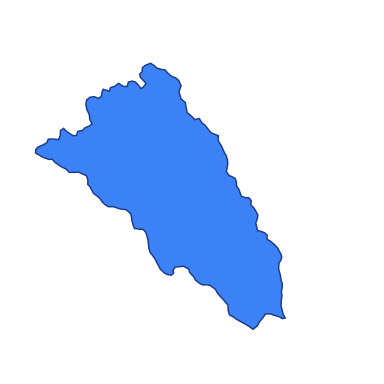 Magda, São Paulo, Brazil (orthographic projection), rotated 307°
{"feature_id": "56859067B8707426341573", "entity_name": "Magda", "entity_type": "district", "adm_level": 2, "iso_a3": "BRA", "parent_name": "Brazil", "parent_adm1": "São Paulo", "projection": "orthographic", "projection_center": [-50.232, -20.61], "detail": "fine", "context": "isolated", "style": "filled", "palette": "blue", "viewbox_px": 384, "rotation_deg": 307, "n_neighbors": 0, "source": "geoboundaries", "source_scale": "gbopen_adm2", "svg_char_len": 2536}
<svg xmlns="http://www.w3.org/2000/svg" viewBox="0 0 384 384"><g transform="rotate(307 192 192)"><path d="M273.3,97.0L271.1,93.0L269.8,89.3L270.2,86.0L269.9,81.5L265.2,78.5L261.4,77.6L258.2,79.7L254.5,79.4L252.5,81.7L251.7,86.9L250.9,90.0L246.9,90.0L243.8,89.1L245.0,85.2L245.8,80.5L244.5,77.4L241.5,75.1L237.3,76.7L235.0,73.6L234.6,67.9L230.0,66.8L226.4,64.1L222.6,65.2L221.7,62.2L220.5,59.2L217.0,60.3L213.7,62.1L210.5,61.0L209.2,56.4L206.3,53.5L202.0,52.5L198.1,54.5L194.5,58.5L192.1,63.2L188.4,66.8L186.2,71.2L182.5,70.1L179.0,67.9L175.2,67.5L171.9,64.4L167.5,65.6L165.5,63.3L165.1,59.3L164.8,56.0L165.5,51.1L161.8,50.0L158.2,52.6L153.6,53.9L150.5,48.9L147.7,45.4L144.1,46.4L140.4,44.9L137.9,43.5L135.3,41.9L131.8,41.7L128.9,43.7L129.5,47.5L130.0,51.9L132.0,58.3L134.0,60.6L133.2,65.2L133.4,69.8L133.7,73.8L134.5,77.1L133.8,82.2L136.7,86.0L139.5,89.2L140.3,92.7L141.5,98.1L138.5,102.0L135.4,104.1L134.8,107.2L132.9,111.3L131.6,114.5L131.7,119.3L131.4,122.6L129.9,126.6L129.6,130.3L129.9,133.9L133.0,138.2L135.3,145.0L138.2,150.0L137.8,156.0L136.0,158.3L133.0,161.3L130.8,164.0L128.2,167.9L130.5,172.0L132.8,175.7L131.8,179.7L129.0,183.5L126.0,186.8L121.2,191.3L118.3,195.2L117.6,198.7L116.4,202.5L114.2,206.9L111.3,213.3L110.7,218.5L111.1,221.6L113.0,225.4L116.1,226.2L118.2,223.9L122.0,223.8L127.8,230.2L128.4,235.7L126.2,239.0L125.4,244.2L123.7,248.0L123.6,252.4L124.0,256.1L126.5,259.2L128.2,262.2L128.3,265.7L128.5,269.0L126.8,272.6L125.9,276.1L125.1,280.7L124.2,284.6L123.2,288.9L119.2,292.2L116.4,295.9L117.2,300.6L117.1,304.2L118.8,315.9L119.1,319.7L119.1,323.4L124.4,324.7L128.7,324.0L134.3,324.3L139.0,324.1L141.9,328.2L143.3,332.7L145.0,337.2L145.2,340.3L147.4,342.3L149.3,338.3L154.5,331.8L159.0,328.6L163.0,326.5L166.2,323.4L170.2,321.4L173.4,319.0L175.0,316.4L178.7,312.6L182.8,307.4L185.4,305.7L187.9,304.1L191.1,304.0L194.1,302.8L195.9,300.5L197.0,297.7L198.7,294.5L199.6,290.0L199.9,283.9L199.4,280.5L202.8,277.8L203.1,274.5L201.9,270.3L200.6,267.5L203.6,264.0L205.6,261.6L210.1,260.2L213.4,258.3L216.4,251.4L217.1,246.8L220.8,244.4L221.6,240.8L219.6,238.0L218.3,234.0L221.1,229.7L222.7,227.1L223.6,223.9L226.2,221.9L228.9,218.3L228.2,214.3L227.4,211.3L229.2,207.0L234.9,204.3L238.3,201.7L241.4,197.9L243.0,194.1L246.4,187.9L248.7,182.1L252.8,179.2L250.7,171.5L253.2,162.1L253.1,158.5L255.1,153.5L251.5,150.8L252.4,144.4L252.5,140.4L255.7,136.7L259.5,132.7L259.8,127.1L264.2,121.3L270.2,119.4L273.1,114.2L273.3,109.9L272.2,106.6L272.2,102.4L273.3,97.0Z" fill="#3b82f6" stroke="#1e3a8a" stroke-width="1.5"/></g></svg>